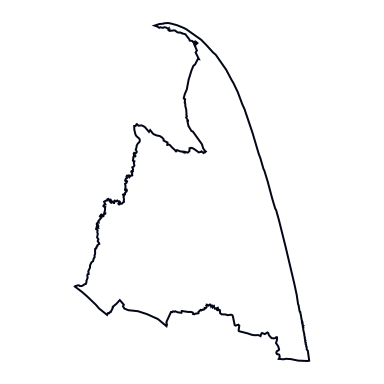 Pak Phanang, Nakhon Si Thammarat, Thailand
{"feature_id": "78962969B48668485292625", "entity_name": "Pak Phanang", "entity_type": "district", "adm_level": 2, "iso_a3": "THA", "parent_name": "Thailand", "parent_adm1": "Nakhon Si Thammarat", "projection": "robinson", "projection_center": [100.145, 8.346], "detail": "fine", "context": "isolated", "style": "outline", "palette": "ink", "viewbox_px": 384, "rotation_deg": 0, "n_neighbors": 0, "source": "geoboundaries", "source_scale": "gbopen_adm2", "svg_char_len": 5986}
<svg xmlns="http://www.w3.org/2000/svg" viewBox="0 0 384 384"><path d="M124.4,308.6L128.4,310.2L137.9,311.2L146.9,314.1L158.0,319.1L166.5,326.2L166.9,324.8L166.3,324.5L166.7,323.0L166.4,322.3L166.6,321.6L171.0,312.0L172.4,312.1L172.7,311.5L173.6,311.4L174.6,311.7L175.3,311.3L177.7,312.3L181.4,312.8L181.8,311.0L188.5,312.0L190.8,311.9L192.7,312.5L193.2,313.3L193.1,314.0L194.3,314.3L195.1,313.7L198.3,313.3L198.6,313.0L198.5,311.9L200.6,309.9L201.2,310.3L201.4,310.0L202.8,309.9L202.9,309.6L203.6,309.3L204.2,309.4L204.9,308.6L204.8,308.0L205.7,308.1L206.6,307.1L206.7,305.8L206.4,305.5L206.8,305.2L206.8,304.7L207.8,304.9L208.7,305.6L210.0,304.5L210.8,305.3L211.1,306.5L211.9,305.5L212.5,305.6L212.8,307.3L214.0,306.3L214.1,307.1L215.1,308.8L217.8,307.8L218.0,308.7L217.0,309.2L217.0,309.9L217.9,310.3L218.6,309.6L219.9,310.2L220.1,313.1L221.5,314.3L225.9,314.5L227.5,315.2L231.0,314.7L232.2,315.1L232.8,316.0L234.7,325.1L235.5,325.6L238.4,324.7L239.3,325.7L238.6,330.4L239.0,331.2L247.4,333.3L251.8,334.8L254.4,335.2L258.6,335.1L260.5,336.1L261.5,333.4L262.0,333.0L264.8,334.1L267.4,332.5L268.2,333.0L269.0,335.3L271.5,338.1L274.0,338.4L275.4,338.0L276.2,337.2L276.9,337.2L277.1,337.8L276.9,340.2L276.0,343.1L278.2,346.3L279.1,349.5L278.6,350.3L276.8,351.2L276.3,352.8L277.0,354.1L279.0,354.5L279.4,355.1L279.7,357.2L278.8,358.9L283.5,359.3L285.9,358.8L290.9,359.1L298.0,360.6L307.5,361.0L309.2,360.7L307.8,350.7L306.7,349.4L306.7,347.1L306.2,346.6L306.2,345.0L305.7,344.3L305.6,343.4L305.9,342.9L305.4,342.4L305.2,341.2L305.5,340.5L305.0,339.9L305.1,339.1L304.7,338.4L304.9,337.6L304.3,335.5L304.4,334.7L303.2,329.5L303.3,328.7L302.9,327.3L303.2,327.1L302.9,326.8L302.7,325.7L303.1,325.5L302.6,325.1L302.5,324.4L302.7,324.0L302.2,323.5L302.5,322.8L302.0,322.3L302.3,321.8L301.9,321.4L302.0,320.6L301.7,320.1L300.9,315.4L300.2,311.9L299.8,311.8L299.4,310.4L298.6,305.3L298.1,304.3L296.7,294.9L294.4,284.1L285.6,246.8L278.8,219.6L276.1,210.0L275.2,208.6L272.2,198.5L267.7,181.6L264.4,170.8L263.4,168.7L260.3,157.9L258.9,154.4L252.5,132.8L244.5,109.1L242.3,104.3L237.8,92.2L233.2,82.6L231.5,79.8L226.1,69.6L215.7,54.7L213.1,52.5L206.2,44.9L201.2,39.8L186.5,29.4L184.1,28.1L177.3,25.3L171.2,23.6L168.1,23.0L163.9,23.3L163.3,23.7L159.5,24.0L154.6,25.6L157.6,26.7L159.2,27.8L160.3,27.3L163.0,27.8L164.6,27.2L165.9,27.5L168.1,28.7L168.6,28.4L168.3,29.9L168.7,30.2L169.4,29.9L169.3,30.7L169.7,30.9L173.8,30.4L175.0,30.5L177.4,32.3L178.8,32.6L180.0,32.4L181.8,33.3L182.1,33.2L182.3,33.5L185.3,34.2L189.3,39.3L189.7,40.6L192.1,40.9L193.1,41.7L193.1,42.2L193.7,42.8L194.4,42.3L194.7,41.5L194.6,42.1L195.1,41.5L195.9,41.9L195.1,41.8L194.1,43.0L194.6,44.9L196.1,42.8L196.2,42.1L197.4,43.1L195.2,45.0L195.1,45.5L195.6,47.6L196.9,50.5L195.6,52.5L198.9,59.1L197.9,58.9L195.1,64.4L193.4,65.8L191.5,70.4L188.6,79.8L186.8,89.4L184.8,94.1L183.7,98.2L183.9,98.6L185.1,99.2L184.8,100.9L185.0,102.1L184.7,102.6L185.3,104.0L185.3,106.0L186.2,109.6L186.5,113.9L186.3,114.6L186.9,116.3L186.1,117.3L188.0,120.6L188.0,121.0L187.4,121.1L188.5,126.1L191.4,130.9L192.9,131.6L201.9,144.2L203.3,148.6L205.0,150.9L205.8,151.5L204.9,152.4L204.2,152.2L203.6,153.0L201.4,151.4L201.1,151.8L198.8,152.4L194.5,149.3L192.7,148.2L191.0,147.8L190.2,148.5L189.6,148.3L189.3,151.3L187.7,152.6L185.3,151.9L185.0,152.4L184.7,151.8L183.8,151.7L183.9,152.1L183.3,152.3L182.8,151.7L180.0,151.3L176.9,150.1L176.3,150.4L176.2,151.3L175.8,151.3L175.3,150.4L172.3,147.7L169.6,144.8L168.4,144.5L167.5,145.0L167.2,144.9L167.5,142.5L163.6,140.6L163.7,139.4L162.2,137.6L159.7,136.0L156.8,135.5L153.6,134.2L152.6,133.2L150.2,130.1L149.0,131.9L145.0,127.2L144.0,126.5L141.7,125.4L138.5,125.7L136.8,124.1L136.3,124.5L135.6,126.0L134.2,126.0L134.3,129.6L135.4,134.3L136.4,136.1L139.3,138.6L139.7,139.5L139.8,140.9L139.3,142.2L138.0,143.3L136.7,145.5L136.4,147.9L135.7,149.6L136.7,151.5L136.6,152.4L135.7,153.3L134.2,152.8L133.7,153.6L134.0,154.9L135.3,155.5L135.4,156.0L135.0,156.5L133.8,156.2L133.3,157.0L133.2,159.3L132.9,160.5L133.1,160.9L134.4,161.3L133.8,163.1L134.4,165.5L133.7,166.6L132.3,167.3L133.0,169.0L132.9,171.3L132.6,171.5L131.6,171.1L131.3,171.5L131.3,171.9L132.2,172.9L132.0,174.0L132.3,175.3L132.0,175.6L130.5,175.7L129.3,177.3L128.9,176.9L129.3,175.9L129.0,175.4L126.9,175.7L126.5,176.5L127.0,178.0L125.9,178.7L125.4,179.7L125.2,180.6L125.5,181.1L126.7,180.9L127.1,181.4L126.4,182.9L125.0,183.8L125.6,186.4L125.0,189.9L125.4,190.2L126.6,189.6L126.9,190.4L126.5,191.5L125.1,192.7L125.0,194.3L124.3,194.7L123.5,194.3L123.0,194.6L123.1,195.0L124.1,195.6L123.5,197.1L124.0,199.1L123.8,200.7L124.0,201.9L122.9,202.5L122.0,203.6L121.3,203.7L120.4,203.3L119.7,204.3L119.1,204.5L118.6,204.2L118.4,203.5L119.7,202.5L119.9,201.9L119.4,201.3L118.1,201.3L117.2,200.5L116.0,201.4L114.8,200.6L113.9,201.6L114.2,202.4L114.1,203.0L113.7,203.0L112.8,201.7L111.2,202.8L110.5,202.1L111.2,200.8L110.6,199.6L110.2,199.5L109.3,200.6L108.2,198.9L107.3,199.3L107.0,200.5L106.0,200.6L104.1,201.7L105.4,204.4L104.3,204.6L103.4,206.0L103.9,206.6L105.2,206.9L104.9,210.7L104.2,213.0L104.7,213.4L105.3,213.3L105.3,213.7L103.6,214.7L103.4,216.2L101.9,216.6L101.8,214.7L101.3,214.5L99.9,216.2L101.1,217.9L98.4,221.1L98.7,222.6L97.6,222.6L97.2,223.4L96.8,223.7L96.8,224.4L97.8,224.8L98.4,226.1L97.8,227.2L98.2,227.9L97.5,228.0L96.7,226.9L96.1,229.1L97.6,230.2L97.3,232.3L97.8,233.9L97.1,237.4L98.4,239.3L97.7,241.1L99.1,243.2L99.3,243.9L97.5,245.1L97.4,245.9L97.0,246.1L96.6,247.4L96.2,247.5L96.1,248.5L95.1,249.0L95.1,254.1L94.5,255.3L94.6,257.3L93.7,258.5L93.1,261.1L91.4,262.4L90.0,265.6L90.0,267.6L88.3,271.3L88.7,274.0L87.6,274.3L87.3,275.4L87.6,277.9L86.4,280.8L86.5,281.9L85.9,283.9L84.5,284.3L82.6,285.7L81.2,286.1L79.8,286.0L79.3,285.5L78.2,285.3L75.2,286.1L74.8,286.5L82.2,292.1L86.8,296.1L95.8,304.7L99.2,308.6L107.1,314.9L107.8,313.3L108.2,313.4L108.6,313.0L109.2,313.2L110.3,311.8L110.8,311.9L112.9,307.7L112.6,307.2L112.9,306.7L116.3,303.9L119.8,300.1L123.8,304.7L123.0,306.3L124.4,308.6Z" fill="none" stroke="#020617" stroke-width="2"/></svg>